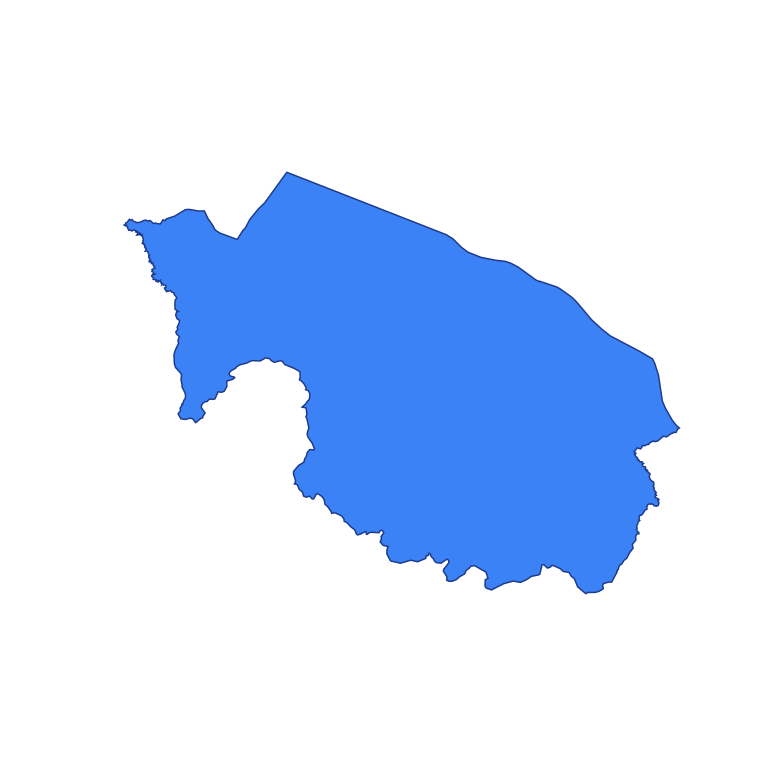 outline of Choam Ksant, Preah Vihéar, Cambodia, rotated 201°
{"feature_id": "14789045B63447960105110", "entity_name": "Choam Ksant", "entity_type": "district", "adm_level": 2, "iso_a3": "KHM", "parent_name": "Cambodia", "parent_adm1": "Preah Vihéar", "projection": "albers", "projection_center": [104.9, 14.186], "detail": "fine", "context": "isolated", "style": "filled", "palette": "blue", "viewbox_px": 768, "rotation_deg": 201, "n_neighbors": 0, "source": "geoboundaries", "source_scale": "gbopen_adm2", "svg_char_len": 6108}
<svg xmlns="http://www.w3.org/2000/svg" viewBox="0 0 768 768"><g transform="rotate(201 384 384)"><path d="M683.5,439.3L682.1,439.0L681.2,439.8L677.4,436.0L675.9,436.8L674.2,436.5L672.6,438.4L671.5,438.3L670.0,436.9L669.4,437.1L670.1,438.1L668.8,438.2L667.8,436.3L668.2,434.5L666.0,435.7L666.5,437.5L665.7,437.4L665.3,436.7L663.2,436.8L663.1,436.2L664.0,435.7L662.5,435.3L660.2,432.4L660.5,431.3L660.0,430.7L660.0,428.7L658.8,429.1L658.5,428.2L656.9,428.0L656.9,426.9L656.0,426.6L656.1,425.6L654.3,425.0L654.5,422.5L653.7,423.1L651.8,422.9L650.8,421.3L649.1,420.3L649.6,419.6L649.0,418.2L648.4,418.1L648.6,417.5L646.1,415.6L647.4,414.7L647.0,413.9L644.8,414.3L644.3,413.2L643.1,414.1L643.0,413.2L641.4,412.1L641.6,411.6L639.4,410.3L641.6,407.7L641.0,407.3L641.0,406.0L640.5,406.3L639.1,405.2L639.1,404.5L637.1,404.7L637.8,403.7L639.5,403.0L639.7,401.5L637.2,400.3L637.0,398.9L634.4,399.7L634.0,398.4L631.8,398.2L631.4,398.4L632.2,399.6L630.6,399.7L629.9,400.7L629.7,399.4L628.0,399.1L628.2,398.3L626.9,398.1L626.9,397.0L626.3,397.8L625.4,397.3L624.3,398.0L622.9,397.7L622.3,396.6L623.2,395.2L622.7,395.0L623.0,394.4L620.9,392.9L620.5,393.2L620.1,392.4L616.9,394.6L614.9,393.7L612.8,393.9L612.1,392.5L609.0,390.8L608.3,389.7L609.0,387.8L608.3,384.9L605.9,379.0L602.0,377.9L603.4,377.1L603.2,373.6L600.6,370.8L597.8,370.0L597.1,368.4L597.4,362.8L596.1,361.1L597.0,358.0L595.6,356.3L592.0,354.9L592.0,350.6L590.4,348.6L591.0,340.9L590.6,336.1L586.7,327.3L584.3,324.6L578.1,321.5L576.3,320.0L574.9,314.9L572.1,310.8L571.7,309.1L566.6,304.4L565.0,301.9L564.4,298.9L565.0,297.1L564.7,292.7L565.4,292.8L565.1,291.6L565.7,288.4L564.5,286.4L565.5,282.3L561.1,278.7L556.6,279.8L552.3,282.9L549.4,282.7L546.3,280.4L545.4,281.2L543.1,285.6L541.2,287.5L541.5,289.0L540.6,292.8L546.0,296.4L546.5,297.7L546.5,300.6L544.9,303.2L542.8,304.3L541.7,307.3L537.8,308.5L536.5,309.5L536.1,317.2L532.6,318.1L530.6,320.0L529.8,325.1L531.8,330.3L526.6,334.5L525.7,336.5L526.4,336.8L530.4,336.4L532.1,337.6L532.3,339.6L531.5,341.5L528.1,345.8L527.5,347.7L525.3,350.4L520.0,354.1L515.7,358.5L507.8,361.2L504.0,365.9L499.9,366.6L497.7,365.5L494.2,364.9L489.4,368.4L487.3,368.9L483.6,366.6L473.5,366.4L467.0,365.4L464.8,360.7L464.4,357.5L462.3,357.3L458.5,355.3L455.6,352.9L455.0,351.9L455.2,350.6L452.3,350.7L449.7,348.3L448.3,343.5L448.6,341.8L449.4,340.2L449.9,337.5L452.2,333.1L448.1,333.7L445.1,328.0L445.1,325.4L443.6,324.0L438.5,316.3L438.0,310.3L437.1,308.5L435.6,306.9L429.8,303.0L425.6,298.4L426.1,297.1L429.5,296.4L430.0,295.8L431.1,292.4L430.6,288.6L431.2,285.9L430.8,282.3L434.5,277.4L437.1,270.0L436.2,267.4L432.2,262.5L431.6,260.9L431.8,258.6L429.1,259.1L425.2,255.2L421.4,253.8L418.9,250.6L418.1,250.4L415.9,250.5L413.3,252.7L410.0,251.0L409.0,251.1L408.4,251.8L407.8,256.8L407.3,257.5L405.2,257.7L401.6,256.7L398.8,255.0L395.7,250.3L393.1,249.6L387.9,246.1L386.4,244.5L384.3,245.9L382.7,246.2L375.9,245.6L372.8,243.3L371.9,241.5L369.0,241.4L364.2,238.9L358.9,237.3L356.5,234.5L354.8,233.6L352.5,235.1L348.5,239.6L347.8,239.6L346.6,237.5L345.9,237.6L344.4,240.0L342.8,241.0L335.5,243.3L334.9,245.9L333.5,246.7L331.7,245.8L330.8,244.6L332.1,240.6L331.0,239.0L331.0,235.2L327.0,233.1L321.9,233.7L322.0,231.0L320.5,226.5L315.1,221.6L314.0,221.2L304.4,222.6L295.8,229.1L288.9,230.1L282.6,236.1L283.1,238.1L281.2,240.0L281.3,242.2L279.8,241.8L277.9,239.6L275.9,239.0L273.0,236.6L271.3,236.0L266.7,237.0L262.7,242.7L261.8,243.2L260.0,242.0L259.4,240.5L261.8,232.4L261.5,230.5L256.9,227.1L255.8,225.8L255.2,223.3L252.4,223.1L249.6,224.4L246.1,227.6L244.5,231.0L240.6,235.7L240.4,239.7L238.7,242.0L237.6,245.0L234.4,246.9L221.3,244.9L217.3,239.8L219.3,237.6L217.3,231.5L215.3,230.1L209.8,230.3L200.8,240.4L192.8,246.3L185.5,247.7L181.0,252.2L177.4,257.3L171.1,261.3L170.4,262.4L171.6,271.7L170.7,272.4L169.3,272.4L165.5,270.7L163.1,272.6L162.4,274.8L159.5,275.2L152.8,274.7L149.5,273.2L144.7,274.3L143.3,274.1L140.3,271.6L136.6,270.6L130.5,264.0L120.6,260.6L118.8,262.5L111.8,265.3L108.6,267.9L106.1,271.2L106.1,271.9L107.7,274.1L107.6,276.3L103.3,279.6L100.5,280.6L99.0,292.1L99.7,293.2L98.8,294.8L99.3,296.9L98.7,299.9L97.6,301.0L96.8,305.2L94.9,308.5L94.3,314.3L92.6,320.0L94.7,323.3L92.9,328.6L94.3,331.3L94.5,333.1L93.8,334.9L92.3,335.6L93.3,337.0L94.2,336.7L96.1,338.5L95.7,339.3L97.3,342.3L97.0,344.2L97.4,346.3L96.3,348.2L97.3,348.8L98.3,351.7L98.0,353.2L96.9,353.6L96.1,355.0L95.1,359.8L93.6,361.4L94.6,363.2L94.5,366.1L93.1,367.3L91.8,367.4L91.5,368.1L89.2,367.9L88.1,367.1L85.7,367.6L84.5,368.9L84.7,371.5L86.8,373.5L85.9,374.1L85.9,374.7L87.1,375.2L89.7,375.1L90.8,376.1L89.7,377.8L91.7,378.6L90.8,380.1L94.3,382.2L94.4,383.7L96.2,385.0L95.7,385.8L97.1,389.1L99.9,389.5L102.2,391.1L103.3,393.1L103.3,395.4L106.3,396.5L106.8,397.6L107.8,398.1L108.1,397.1L108.6,397.5L109.3,398.4L109.7,398.3L109.6,399.2L110.4,400.4L111.2,399.9L113.2,400.2L114.1,401.2L113.2,402.9L115.1,403.0L115.2,403.8L117.4,403.0L118.4,404.1L119.9,404.0L119.8,404.7L120.7,405.0L121.0,406.0L122.9,406.5L124.8,408.1L124.0,408.8L124.1,409.7L125.8,409.9L126.3,410.8L125.6,411.6L124.7,415.2L121.3,415.3L120.6,417.1L120.8,419.0L118.5,419.8L116.3,422.1L115.5,422.2L114.7,424.5L112.4,427.2L110.9,427.1L108.1,428.8L104.6,435.3L101.3,435.9L98.0,440.8L96.6,441.7L96.5,442.5L94.0,443.5L93.7,447.2L92.5,448.8L95.9,449.9L101.8,453.4L112.7,462.3L118.0,467.8L131.1,490.9L138.8,500.4L142.3,503.7L157.1,506.1L190.0,510.0L200.5,513.3L213.5,518.5L232.8,529.2L238.1,531.7L243.3,533.3L254.5,536.1L257.8,536.5L275.8,535.7L276.1,535.2L279.7,535.6L300.4,541.2L308.7,542.2L314.5,542.0L324.3,539.5L338.8,537.0L352.7,537.1L360.5,539.3L371.6,544.2L379.4,545.7L550.6,546.8L560.3,510.4L563.9,502.7L568.2,489.7L569.4,479.9L570.9,476.2L572.8,466.3L591.1,466.1L595.4,466.9L597.7,467.9L600.0,470.2L607.8,475.5L613.7,481.2L618.9,479.1L628.4,477.2L631.8,475.7L639.7,465.6L646.4,460.1L647.0,458.0L649.2,458.1L650.1,453.3L654.1,452.2L654.8,452.5L656.8,451.2L660.8,452.8L663.0,451.6L665.2,451.6L667.0,450.5L669.4,447.8L672.2,446.2L676.2,446.2L678.3,447.2L679.4,446.1L680.8,446.5L681.7,442.8L682.9,441.6L682.5,440.3L683.5,439.3Z" fill="#3b82f6" stroke="#1e3a8a" stroke-width="1.5"/></g></svg>